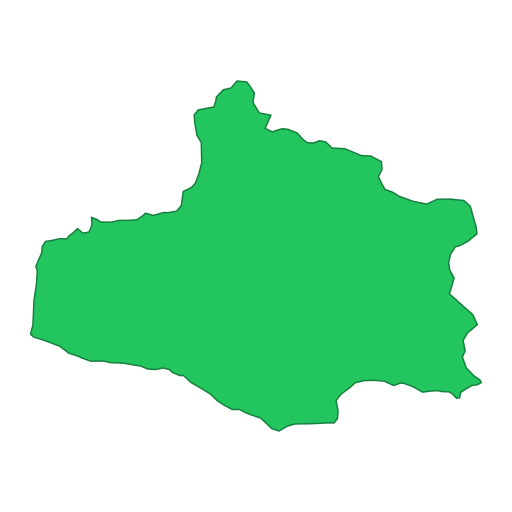 the district of Pissouri, Limassol, Cyprus
{"feature_id": "46923920B91138385914962", "entity_name": "Pissouri", "entity_type": "district", "adm_level": 2, "iso_a3": "CYP", "parent_name": "Cyprus", "parent_adm1": "Limassol", "projection": "natural_earth1", "projection_center": [32.701, 34.673], "detail": "fine", "context": "isolated", "style": "filled", "palette": "green", "viewbox_px": 512, "rotation_deg": 0, "n_neighbors": 0, "source": "geoboundaries", "source_scale": "gbopen_adm2", "svg_char_len": 2262}
<svg xmlns="http://www.w3.org/2000/svg" viewBox="0 0 512 512"><path d="M30.7,333.5L30.9,334.6L33.7,337.0L38.4,338.5L46.3,341.1L52.8,343.6L59.4,346.0L64.5,349.8L68.5,353.0L78.3,356.3L81.8,358.0L90.5,361.1L98.4,361.1L103.3,361.0L111.6,362.8L117.2,362.8L125.0,363.4L135.1,365.2L140.4,365.9L147.4,368.9L154.9,369.5L162.8,368.0L169.0,369.4L172.6,372.5L179.7,375.5L183.6,375.6L191.0,382.5L201.8,388.7L210.6,394.2L217.1,400.6L225.0,405.7L232.3,409.5L239.4,409.5L245.0,412.4L251.7,415.1L260.5,418.0L264.9,422.0L271.7,428.6L279.0,431.0L287.5,426.1L294.7,424.0L302.0,423.8L307.7,423.8L317.7,423.4L326.2,422.9L334.0,422.9L337.5,418.6L338.0,410.5L336.1,400.6L340.6,394.5L350.0,387.5L355.1,382.8L364.2,380.6L374.3,380.3L384.3,381.2L393.6,385.5L400.3,383.1L404.1,383.4L412.8,386.6L422.6,392.1L431.3,391.0L438.0,390.7L442.1,391.6L449.0,391.8L451.8,393.4L456.5,398.2L459.6,397.8L460.6,392.5L465.6,389.1L471.0,386.0L473.4,385.2L477.8,384.6L481.3,382.5L480.7,381.5L479.8,380.0L473.7,375.6L466.3,368.0L462.4,357.2L465.1,350.8L463.1,340.5L467.5,332.9L477.3,324.6L472.8,314.7L449.3,293.8L451.9,285.9L454.0,277.8L449.7,270.0L448.7,262.2L450.8,253.6L455.4,246.8L460.1,245.5L467.9,241.3L477.0,233.8L476.1,226.9L473.0,216.0L470.3,206.3L465.8,202.2L463.9,200.5L449.7,199.1L437.1,199.3L426.8,204.1L413.6,201.5L399.1,196.3L392.8,192.3L384.9,189.4L381.1,182.4L378.4,176.7L382.0,169.4L381.4,161.7L370.9,156.1L361.0,155.5L344.8,148.7L331.8,148.0L325.9,142.0L319.5,140.7L313.9,142.9L307.6,142.9L302.5,139.0L297.2,133.0L288.2,129.4L282.2,128.7L272.2,131.8L265.1,128.4L270.9,115.2L259.3,113.0L253.0,102.5L254.3,93.0L250.7,87.3L246.7,81.9L237.0,81.0L231.0,88.0L223.3,89.8L216.4,97.0L215.8,101.0L213.9,107.0L198.3,109.9L194.2,114.9L194.7,122.1L197.0,135.4L201.3,142.6L201.7,162.8L198.9,173.7L195.4,183.1L191.4,187.5L183.2,191.5L182.3,198.2L181.4,205.4L176.8,211.1L168.4,212.6L163.4,212.6L153.3,215.4L145.4,213.2L143.3,215.4L136.9,219.8L126.9,220.4L119.8,220.4L117.8,220.7L111.5,222.2L100.2,222.0L97.7,219.8L91.5,217.4L92.0,224.3L90.8,228.3L88.9,232.1L82.9,233.2L77.5,228.6L72.6,233.3L69.6,235.3L66.6,239.0L63.9,238.8L59.9,238.7L51.2,240.6L45.5,241.4L42.2,246.6L41.9,252.3L35.9,266.3L37.3,271.4L36.5,283.7L34.0,300.5L32.9,325.1L30.7,333.5Z" fill="#22c55e" stroke="#15803d" stroke-width="1.5"/></svg>